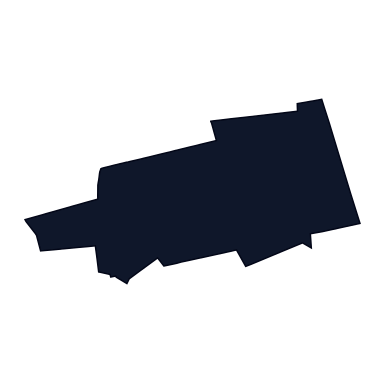 Tomnatic, Timis, Romania, rotated 179°
{"feature_id": "2599482B78622913226353", "entity_name": "Tomnatic", "entity_type": "district", "adm_level": 2, "iso_a3": "ROU", "parent_name": "Romania", "parent_adm1": "Timis", "projection": "robinson", "projection_center": [20.694, 45.986], "detail": "fine", "context": "isolated", "style": "filled", "palette": "ink", "viewbox_px": 384, "rotation_deg": 179, "n_neighbors": 0, "source": "geoboundaries", "source_scale": "gbopen_adm2", "svg_char_len": 1999}
<svg xmlns="http://www.w3.org/2000/svg" viewBox="0 0 384 384"><g transform="rotate(179 192 192)"><path d="M281.6,217.3L281.6,217.2L282.8,216.7L283.0,215.9L283.2,215.4L283.8,213.8L284.1,212.3L284.5,209.3L285.0,205.9L285.6,202.9L286.0,200.5L286.0,200.0L286.1,196.5L286.2,192.9L286.3,190.2L286.3,186.5L287.5,186.2L293.3,184.7L299.9,183.0L306.2,181.3L312.1,179.8L314.5,179.1L317.6,178.3L320.2,177.6L322.9,176.9L326.3,176.0L330.4,174.9L334.7,173.8L338.5,172.8L342.0,171.8L350.1,169.7L357.4,167.8L359.4,167.3L358.8,166.0L358.1,164.9L353.3,158.5L349.1,152.9L348.8,152.3L348.7,152.0L348.2,151.8L347.9,150.2L347.8,149.7L346.3,143.6L344.4,135.8L331.3,136.7L324.6,137.2L323.0,137.4L321.1,137.5L306.8,138.6L296.7,139.3L289.6,139.9L288.5,130.6L287.9,125.1L287.4,120.4L286.7,113.7L284.0,113.1L275.4,111.0L274.7,108.4L271.5,109.0L271.3,109.0L270.0,109.3L269.8,109.3L269.7,109.2L269.4,108.6L269.3,108.2L258.7,101.6L256.3,106.3L245.8,113.8L227.5,126.7L223.4,121.2L221.4,118.5L212.5,120.2L208.5,121.0L204.0,122.2L197.2,123.5L184.8,126.0L184.5,126.0L157.8,131.4L154.2,132.1L151.1,132.8L148.5,133.3L139.6,116.7L134.2,118.7L105.0,130.3L82.4,139.2L73.7,134.0L74.4,148.2L62.4,150.1L24.6,157.7L33.6,188.2L40.4,212.1L53.5,258.3L58.2,273.9L60.7,282.4L64.6,281.7L66.0,281.5L69.4,280.9L71.8,280.6L76.6,279.8L82.6,278.9L85.2,278.5L85.2,277.7L85.2,276.1L85.1,270.9L139.4,265.6L140.8,265.5L142.9,265.3L148.4,264.8L151.9,264.5L156.5,264.0L159.5,263.7L164.3,263.2L165.6,263.1L169.6,262.7L172.0,262.4L172.0,262.2L171.3,260.8L169.8,255.1L168.8,251.1L167.4,245.8L166.7,243.0L173.0,241.6L175.6,241.0L177.9,240.5L181.0,239.8L183.3,239.3L184.4,239.0L187.8,238.2L193.5,237.0L199.1,235.7L202.3,235.0L206.5,234.0L207.3,233.9L210.2,233.2L213.3,232.4L215.8,231.9L220.8,230.8L224.4,230.0L227.0,229.4L234.0,227.8L240.5,226.4L241.1,226.2L248.1,224.7L253.4,223.6L256.1,222.9L257.1,222.9L260.9,222.0L263.4,221.5L266.8,220.7L268.8,220.3L270.9,219.8L274.6,218.9L278.3,218.1L281.6,217.3Z" fill="#0f172a" stroke="#020617" stroke-width="1.5"/></g></svg>